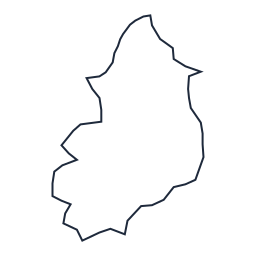 Peristerona Lefkosias, Nicosia, Cyprus
{"feature_id": "46923920B8604631977543", "entity_name": "Peristerona Lefkosias", "entity_type": "district", "adm_level": 2, "iso_a3": "CYP", "parent_name": "Cyprus", "parent_adm1": "Nicosia", "projection": "mercator", "projection_center": [33.074, 35.132], "detail": "fine", "context": "isolated", "style": "outline", "palette": "slate", "viewbox_px": 256, "rotation_deg": 0, "n_neighbors": 0, "source": "geoboundaries", "source_scale": "gbopen_adm2", "svg_char_len": 755}
<svg xmlns="http://www.w3.org/2000/svg" viewBox="0 0 256 256"><path d="M200.8,71.7L185.4,66.3L173.7,59.0L172.8,48.1L160.1,39.0L152.0,25.4L150.3,15.4L143.4,16.5L135.3,20.6L130.0,24.7L123.1,34.0L120.2,39.2L117.9,46.2L114.4,53.1L112.7,62.4L105.7,72.3L99.4,76.4L86.6,78.1L92.3,89.0L99.5,98.0L101.3,109.9L101.3,121.7L80.5,124.4L73.3,130.7L61.5,145.3L68.8,153.4L76.9,159.8L62.4,165.3L54.3,171.6L52.5,183.4L52.5,196.1L61.5,200.7L70.6,204.3L65.2,213.4L63.4,223.4L76.9,229.7L82.3,240.6L99.5,232.5L110.4,228.8L124.8,234.3L127.5,220.7L141.1,206.1L152.0,205.2L163.7,199.8L173.7,187.1L185.4,184.3L195.4,179.8L203.5,157.1L202.6,144.4L202.6,133.5L200.8,122.6L190.8,108.0L189.0,98.0L188.1,89.0L189.0,76.2L200.8,71.7Z" fill="none" stroke="#1e293b" stroke-width="2"/></svg>